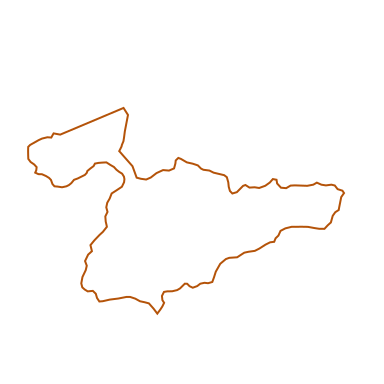 the district of Muallim, Perak, Malaysia, rotated 70°
{"feature_id": "92858781B90954683120897", "entity_name": "Muallim", "entity_type": "district", "adm_level": 2, "iso_a3": "MYS", "parent_name": "Malaysia", "parent_adm1": "Perak", "projection": "natural_earth1", "projection_center": [101.452, 3.898], "detail": "fine", "context": "isolated", "style": "outline", "palette": "amber", "viewbox_px": 384, "rotation_deg": 70, "n_neighbors": 0, "source": "geoboundaries", "source_scale": "gbopen_adm2", "svg_char_len": 2587}
<svg xmlns="http://www.w3.org/2000/svg" viewBox="0 0 384 384"><g transform="rotate(70 192 192)"><path d="M143.1,312.5L143.7,308.1L143.4,305.3L142.4,302.4L140.2,298.7L140.2,294.8L139.3,286.8L138.0,284.3L136.5,283.2L135.2,279.6L134.0,275.6L132.1,273.5L132.7,269.8L133.7,266.2L134.9,262.3L138.7,259.4L141.8,256.8L145.2,255.4L148.1,253.6L150.9,251.4L154.3,250.7L156.8,251.1L159.6,252.5L163.1,256.1L164.6,262.3L165.9,268.0L170.0,271.6L173.1,275.3L177.1,277.8L181.8,278.2L185.3,281.8L190.3,283.2L193.7,283.6L195.6,283.9L199.0,289.4L200.6,293.3L204.0,300.2L207.2,305.6L210.9,306.0L213.4,306.3L215.3,311.0L220.3,316.1L225.3,316.1L229.1,318.6L234.4,324.0L240.0,327.3L244.1,327.7L246.9,326.2L249.7,324.0L251.0,319.0L254.7,317.2L259.1,317.5L263.2,316.5L264.1,313.2L265.0,306.0L266.9,297.7L268.2,289.4L269.4,286.1L272.8,281.8L276.9,278.2L279.4,274.2L281.9,270.6L288.5,268.0L294.4,266.2L291.6,261.9L289.4,259.0L286.6,256.1L283.5,256.8L279.4,255.8L276.3,252.5L276.9,249.2L278.5,244.6L279.1,239.5L278.5,236.2L275.7,230.1L276.6,227.9L279.7,226.5L282.2,224.0L282.2,219.3L281.0,215.6L281.6,211.3L283.2,208.1L283.5,203.7L279.7,200.5L275.0,196.9L269.1,190.0L266.6,183.1L266.6,179.5L268.8,171.9L267.8,167.6L266.9,163.6L267.5,159.3L268.8,153.1L268.2,148.1L266.6,140.9L266.0,135.8L266.9,131.8L264.1,129.3L262.5,125.7L258.8,122.1L258.1,116.7L258.8,110.2L260.3,106.2L261.9,101.5L264.4,95.0L267.8,89.2L270.0,85.2L271.9,80.2L271.8,79.9L269.7,75.8L268.1,71.9L262.5,67.9L260.0,64.3L259.1,60.3L257.2,59.2L247.8,53.5L245.0,49.5L242.2,50.2L239.1,54.2L236.0,55.2L234.7,55.6L232.8,58.5L231.6,63.9L229.4,67.9L225.9,71.5L226.6,75.5L225.6,81.6L222.8,88.5L220.9,93.2L219.7,97.2L220.6,102.2L218.4,106.9L213.1,109.1L209.4,108.4L207.5,111.6L209.7,115.6L211.2,121.0L211.2,127.5L209.0,131.5L207.5,136.5L203.7,139.4L203.7,141.9L207.5,149.9L207.2,154.6L204.0,156.0L199.7,155.7L195.3,154.6L190.0,154.2L187.2,156.0L184.3,160.4L181.2,165.1L177.8,168.3L175.0,173.7L173.1,175.5L169.0,177.4L165.6,181.7L162.4,186.7L157.1,191.1L155.3,193.2L156.8,196.5L159.6,197.9L163.7,200.8L164.0,206.3L161.5,211.7L162.1,218.9L164.3,225.8L164.6,230.8L162.1,235.5L159.6,239.1L147.4,239.1L128.7,246.4L125.2,242.7L123.7,241.7L120.9,239.1L117.7,237.3L112.1,234.4L97.7,225.8L89.6,227.6L93.0,296.2L89.6,302.0L91.1,303.8L92.7,305.6L91.1,309.2L90.5,314.6L90.8,318.3L92.4,328.0L93.6,330.5L97.4,332.0L101.5,333.4L104.9,334.5L108.6,333.4L112.1,330.9L115.5,329.5L118.3,330.9L120.2,332.7L122.7,330.2L124.0,326.9L127.1,323.7L129.9,321.5L132.4,320.4L136.8,320.4L139.6,319.3L140.6,317.2L140.7,316.9L143.1,312.5Z" fill="none" stroke="#b45309" stroke-width="2"/></g></svg>